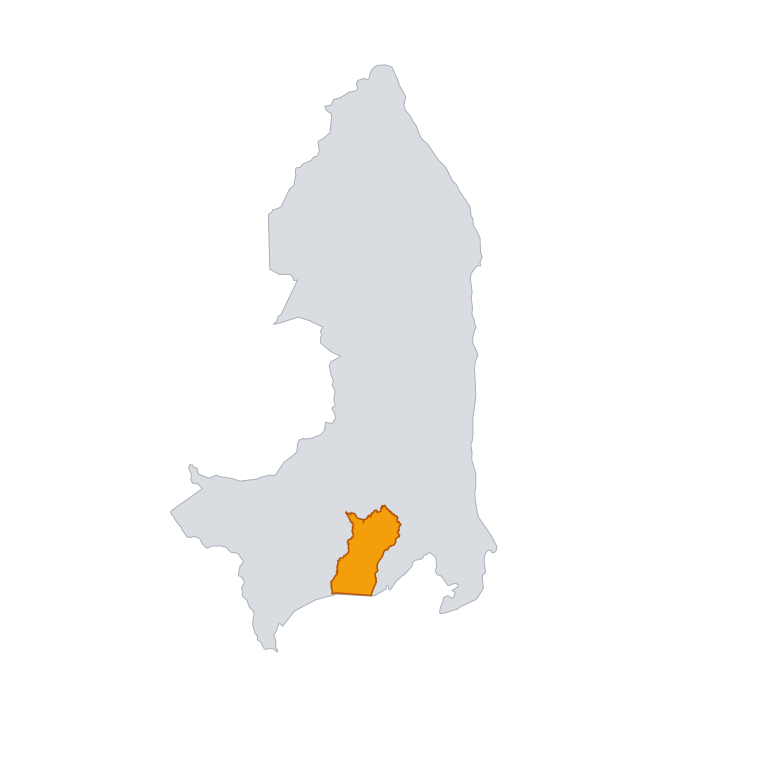 Datem del Marañon, Loreto, Peru shown in context, rotated 205°
{"feature_id": "86281439B19525046252167", "entity_name": "Datem del Marañon", "entity_type": "district", "adm_level": 2, "iso_a3": "PER", "parent_name": "Peru", "parent_adm1": "Loreto", "projection": "robinson", "projection_center": [-76.806, -4.129], "detail": "fine", "context": "in_parent", "style": "filled", "palette": "amber", "viewbox_px": 768, "rotation_deg": 205, "n_neighbors": 0, "source": "geoboundaries", "source_scale": "gbopen_adm2", "svg_char_len": 9621}
<svg xmlns="http://www.w3.org/2000/svg" viewBox="0 0 768 768"><g transform="rotate(205 384 384)"><path d="M526.0,226.6L525.8,228.7L523.6,229.7L521.4,228.2L518.4,228.7L513.7,223.9L502.7,224.6L497.8,230.2L490.5,231.4L482.4,234.0L473.4,235.1L459.1,244.1L455.9,247.7L449.4,253.0L444.1,254.8L441.5,271.0L436.4,280.5L434.3,285.7L437.1,293.5L437.1,297.4L434.2,300.5L431.8,300.9L426.9,304.2L419.7,311.4L418.3,316.9L420.7,324.2L419.9,325.0L413.9,326.4L414.0,330.4L412.8,332.0L417.8,337.8L420.7,339.2L420.8,340.7L420.3,342.1L419.2,342.8L419.1,344.1L422.8,348.4L425.4,357.1L430.7,361.3L430.8,364.1L432.3,366.9L435.1,368.9L441.4,377.6L441.5,381.7L434.8,390.9L445.9,390.9L458.0,394.0L459.7,395.5L461.2,399.7L461.3,402.4L463.8,404.6L463.5,409.7L479.5,409.8L489.8,408.5L506.7,393.0L509.4,391.7L507.9,395.1L507.7,397.6L508.6,400.2L506.6,404.0L506.3,441.7L509.3,439.7L513.2,443.2L516.1,443.4L525.3,439.1L536.0,439.8L560.5,489.0L558.3,492.4L558.4,494.9L555.3,497.1L552.2,501.0L552.0,520.6L549.4,526.5L550.8,529.6L552.1,535.8L554.4,539.6L554.9,542.0L554.7,542.9L551.2,545.0L550.9,548.6L544.7,555.5L543.5,560.3L541.2,561.8L540.7,567.2L546.3,575.9L542.6,581.0L539.2,588.7L544.7,604.8L547.0,607.1L549.4,607.0L553.1,608.4L555.0,610.8L550.5,613.9L549.7,615.2L550.0,620.5L545.0,624.5L538.3,634.6L536.5,635.2L533.1,638.2L532.5,639.7L533.0,641.2L535.9,644.2L536.1,647.9L531.3,652.5L527.9,652.9L526.7,654.2L528.0,660.4L527.9,663.3L526.9,666.6L524.5,670.1L517.3,673.9L510.8,674.6L499.9,665.3L496.5,661.4L485.6,653.5L483.9,645.2L480.3,641.2L473.6,638.1L468.3,633.9L464.3,631.9L454.5,622.6L445.5,619.6L428.8,609.7L419.7,606.5L408.1,597.3L401.9,594.8L396.8,590.5L381.6,581.4L379.2,578.5L376.9,574.0L373.5,571.3L369.7,565.1L364.1,561.5L358.6,556.7L351.9,543.8L348.8,540.8L348.6,535.0L346.3,532.2L349.6,530.3L351.7,521.2L350.6,516.6L342.9,504.3L341.4,499.2L335.7,489.8L333.7,484.2L329.2,480.1L327.3,476.5L324.7,475.0L324.6,470.7L322.9,462.4L320.4,458.3L311.3,450.5L310.5,442.0L308.5,436.2L295.9,412.4L288.6,389.6L282.5,376.9L280.0,369.6L279.7,365.7L275.2,358.9L272.7,352.8L262.5,340.9L256.6,327.7L255.8,323.7L251.7,316.5L245.2,307.0L242.0,303.2L222.3,291.6L213.1,284.4L212.0,280.8L212.4,278.6L214.4,276.7L217.2,278.2L219.0,277.6L220.3,275.0L220.3,271.0L218.6,266.0L212.3,256.2L213.9,251.7L207.5,240.4L209.0,229.3L210.4,226.5L219.9,215.4L222.6,210.6L226.6,207.6L230.8,203.1L235.8,199.7L237.3,200.8L238.7,206.8L238.5,210.8L239.9,215.2L236.4,219.3L232.7,218.4L231.2,219.4L230.6,221.3L231.3,224.4L232.2,225.6L235.1,225.7L231.3,231.6L231.5,232.8L234.2,233.8L236.7,232.3L239.4,229.0L241.0,228.5L250.6,234.2L255.1,233.6L258.5,236.2L258.9,240.4L263.7,248.6L270.8,250.6L272.0,249.9L273.6,246.8L275.2,246.4L275.5,241.8L281.7,237.0L282.7,233.7L281.8,231.3L281.9,229.5L285.5,218.7L286.7,217.6L287.8,214.1L289.2,212.0L291.3,200.0L293.0,200.0L294.6,202.9L296.5,202.1L295.5,199.4L295.8,198.5L302.7,188.9L304.9,186.8L338.0,173.5L354.5,159.8L369.0,140.7L373.6,121.5L375.3,122.8L378.0,122.3L377.1,114.6L377.8,110.9L377.7,109.8L373.1,105.1L371.3,100.0L367.3,97.1L367.5,96.0L371.7,97.1L375.5,96.6L378.8,93.4L381.2,93.7L386.6,98.1L390.6,98.5L391.9,101.6L395.8,103.9L401.4,110.6L403.9,117.8L403.7,119.1L406.2,122.9L411.6,124.8L416.9,130.1L422.5,131.8L425.0,136.6L426.5,138.1L427.2,140.9L426.4,144.1L427.2,145.9L431.3,148.8L434.8,148.9L435.6,150.2L437.5,158.2L436.2,162.2L436.7,164.4L441.4,166.4L442.7,168.1L446.4,168.5L451.6,166.8L458.0,169.2L463.0,168.3L465.3,167.7L467.6,165.9L469.5,166.0L474.6,160.9L476.0,160.5L481.5,162.7L486.0,166.2L491.6,165.6L494.0,163.4L498.0,162.2L505.4,166.5L507.0,168.5L509.0,168.9L516.9,173.2L518.3,174.9L522.5,176.5L523.3,177.9L523.1,179.4L504.5,212.2L510.2,214.9L515.6,213.2L518.3,215.4L520.4,220.7L524.6,224.3L526.0,226.6Z" fill="#d9dde1" stroke="#a8b0b8" stroke-width="1"/><path d="M347.9,209.0L348.6,208.6L349.9,207.7L350.4,207.5L350.3,206.5L350.1,206.3L350.0,205.9L349.7,205.6L350.0,205.3L350.4,205.2L350.8,204.9L351.2,204.1L350.7,203.8L350.1,202.8L350.0,202.5L349.7,202.5L349.8,201.2L349.6,200.9L349.6,200.2L349.3,200.1L349.5,199.5L349.4,198.8L349.1,197.9L348.7,197.8L348.5,197.3L348.3,197.1L348.2,196.4L347.8,196.1L347.9,195.6L347.5,195.3L347.6,194.8L347.8,194.3L347.5,194.3L347.1,194.9L346.7,194.3L347.0,194.1L347.1,193.9L346.8,193.5L346.8,193.1L347.2,192.8L347.2,192.6L346.4,191.9L346.1,191.4L346.6,191.0L347.1,190.2L347.2,189.3L347.1,188.0L347.4,187.6L347.5,187.0L347.2,186.6L347.1,186.2L347.1,185.7L347.4,185.1L347.5,184.6L347.7,184.3L348.1,184.1L348.2,183.2L348.4,182.7L348.4,182.1L348.1,181.6L348.1,181.3L347.3,181.0L346.8,179.1L346.4,179.0L345.9,178.7L346.2,178.4L346.2,177.8L345.8,177.5L345.7,177.5L345.2,176.7L344.7,176.3L344.8,176.1L344.2,175.6L343.8,174.8L343.5,174.7L343.4,174.5L343.2,174.5L343.0,174.4L342.9,174.2L342.9,173.7L342.9,172.6L342.6,172.2L342.2,171.9L339.3,174.3L307.7,186.4L306.3,186.9L306.2,187.1L306.1,187.5L306.3,188.1L306.7,188.8L306.9,189.7L306.7,190.2L307.0,190.7L306.8,191.1L307.0,192.9L307.2,193.5L307.1,196.6L307.2,197.7L307.2,199.5L307.3,201.0L307.6,201.4L307.6,201.9L307.9,202.0L308.1,202.7L308.6,203.4L308.9,203.7L309.1,204.1L308.9,204.4L308.9,204.6L309.6,205.0L310.3,205.5L311.0,207.0L311.6,207.1L311.7,207.5L311.6,208.0L311.6,208.3L311.7,208.8L311.6,209.1L311.7,209.8L311.5,210.1L311.4,210.7L311.0,211.3L310.7,212.1L311.1,212.6L311.4,213.3L311.6,213.5L311.9,213.6L312.2,213.9L312.2,214.1L312.7,214.8L313.2,215.2L313.1,215.3L313.0,215.7L313.7,217.1L313.9,217.9L313.8,218.7L313.9,220.0L313.6,222.5L313.1,224.0L312.8,226.2L312.6,227.1L313.1,230.7L313.1,231.4L313.2,231.6L313.1,232.5L312.5,234.4L312.0,234.5L311.9,234.8L311.0,234.9L311.0,235.3L310.6,235.6L310.8,236.5L310.5,236.8L310.6,237.2L310.7,237.4L310.5,237.6L310.3,238.7L310.1,239.1L309.5,240.0L309.2,240.1L308.9,240.2L308.5,241.0L307.8,241.4L307.4,241.9L307.3,242.2L307.0,242.4L306.9,242.7L306.7,243.2L306.9,244.0L306.7,244.3L306.7,245.0L306.6,245.3L306.8,245.6L306.7,245.8L306.7,246.1L307.3,247.0L307.4,247.5L307.7,248.0L307.5,248.4L307.7,249.3L307.5,249.5L307.0,250.5L305.9,251.9L305.8,252.0L306.2,252.1L306.2,252.6L306.1,252.9L306.0,253.6L306.1,253.8L306.3,253.8L306.5,253.6L306.8,253.9L307.3,253.9L307.4,254.1L307.5,254.5L308.1,255.1L308.8,255.3L309.1,255.6L309.2,255.9L309.5,256.1L309.3,256.4L309.1,256.9L308.9,257.2L308.6,257.2L308.3,257.6L308.5,258.1L309.1,258.5L309.4,258.9L309.6,259.4L309.6,259.9L309.8,260.3L309.8,260.5L309.9,261.7L309.7,261.9L309.5,262.7L309.3,263.0L309.4,263.9L309.7,264.0L310.2,263.8L310.5,264.3L311.1,264.5L311.4,264.8L312.0,265.1L312.1,265.4L312.3,265.6L312.8,265.5L313.0,264.8L313.3,264.4L313.6,264.7L313.8,264.8L313.9,265.2L314.1,265.2L314.1,265.4L314.5,265.6L315.0,267.0L315.2,267.4L315.2,267.7L314.8,268.1L314.8,268.4L315.3,268.7L315.7,268.5L316.0,268.9L316.0,269.4L316.5,269.5L316.9,269.4L317.2,269.6L317.5,269.6L317.7,269.1L318.6,268.9L318.8,269.3L319.3,269.5L319.5,270.0L319.9,269.9L320.8,270.1L321.1,269.9L321.3,270.3L321.5,270.4L321.9,270.2L322.0,269.9L322.2,270.0L322.5,269.8L322.6,270.2L323.0,270.6L323.2,270.9L323.3,271.0L323.6,271.0L324.0,271.2L324.4,270.7L325.0,270.7L325.1,270.8L325.0,271.0L325.1,271.3L325.4,271.5L325.9,271.4L326.1,271.7L326.4,271.6L327.2,272.1L327.4,271.9L327.7,271.9L327.8,272.0L328.2,271.9L328.6,272.2L328.9,272.0L329.1,272.0L329.3,272.6L329.7,273.0L330.1,273.3L330.8,273.4L331.3,273.8L331.3,274.0L331.6,274.3L331.9,274.3L331.9,274.6L332.1,274.2L332.7,273.9L332.6,273.2L332.8,272.9L333.1,272.9L333.2,272.7L333.7,272.9L334.0,272.9L334.3,272.7L334.2,272.5L333.9,272.4L333.9,272.2L333.9,271.9L334.2,271.7L334.1,271.1L333.6,271.2L333.3,271.1L333.5,270.6L333.3,270.4L333.4,270.2L333.6,270.0L334.1,270.0L334.3,269.7L333.6,268.9L333.2,268.1L333.2,267.8L333.3,267.2L333.6,267.1L333.7,266.7L334.6,266.0L335.4,264.9L335.7,264.7L335.8,264.7L335.8,264.9L335.6,265.2L335.7,265.3L335.9,265.3L336.1,265.0L336.4,265.2L336.6,265.9L337.3,266.5L337.6,266.4L338.5,265.4L338.9,265.6L339.0,265.5L339.0,265.1L339.3,264.9L339.4,264.7L339.2,264.2L339.5,262.5L339.7,262.3L340.1,261.5L340.5,261.8L340.8,261.5L340.8,261.1L340.5,260.8L340.7,260.3L340.7,259.7L340.4,259.5L340.3,258.8L340.1,258.7L340.0,258.1L340.3,257.9L340.5,257.7L341.1,258.2L341.2,258.3L342.4,258.5L342.7,258.4L342.6,257.7L342.2,256.8L342.3,256.5L342.7,256.4L342.8,256.1L342.8,255.7L342.6,255.2L343.1,254.7L343.1,254.2L343.5,253.7L344.5,252.9L344.4,251.5L344.3,251.3L344.2,250.8L344.3,250.4L344.5,251.0L344.9,251.4L345.0,252.0L345.0,252.3L345.2,252.5L345.6,252.5L346.6,251.9L347.5,251.9L348.1,251.7L349.8,251.5L351.8,251.4L352.8,251.9L355.0,253.6L355.8,253.9L356.3,254.0L357.0,254.1L357.5,253.6L358.0,253.4L358.7,253.4L359.2,253.5L359.2,251.5L359.5,251.6L359.8,252.3L360.1,252.4L361.2,251.7L362.5,251.4L362.9,251.4L364.0,252.1L364.1,251.3L363.9,251.0L362.6,250.2L361.8,250.1L361.5,249.6L360.7,248.9L359.1,248.0L358.7,247.7L358.0,246.8L356.8,246.2L356.3,245.0L355.0,245.6L354.7,245.3L354.1,244.2L353.0,244.4L352.3,243.9L352.1,243.5L352.1,242.9L352.4,241.5L352.1,241.0L351.5,240.8L351.2,240.5L351.4,238.9L350.9,238.4L350.1,236.9L350.5,236.9L350.6,236.7L349.8,236.4L349.6,235.9L349.4,235.7L348.7,235.5L348.2,234.4L347.9,233.6L347.5,233.0L347.5,232.6L347.6,232.2L348.1,231.8L348.4,231.5L348.0,230.8L348.0,230.4L348.7,229.9L348.6,229.6L348.7,229.2L350.0,228.2L350.4,227.7L350.6,227.0L350.6,226.8L350.1,226.1L350.1,225.3L350.3,225.1L349.7,224.7L349.1,224.2L348.3,224.1L348.3,223.8L348.7,223.5L348.8,223.4L347.9,222.9L347.7,222.7L347.4,221.8L347.4,221.3L347.2,220.5L346.0,219.1L345.9,218.6L345.4,217.9L345.2,216.8L345.3,215.6L345.3,215.0L345.4,214.8L346.0,214.4L346.3,213.4L346.2,212.3L346.6,212.0L347.2,212.0L347.7,211.5L347.7,211.2L347.6,210.9L347.6,210.3L347.7,209.3L347.9,209.0Z" fill="#f59e0b" stroke="#b45309" stroke-width="1.5"/></g></svg>